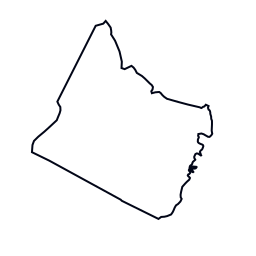 outline of Seberang Perai Selatan, Pulau Pinang, Malaysia, rotated 125°
{"feature_id": "92858781B33642984560897", "entity_name": "Seberang Perai Selatan", "entity_type": "district", "adm_level": 2, "iso_a3": "MYS", "parent_name": "Malaysia", "parent_adm1": "Pulau Pinang", "projection": "orthographic", "projection_center": [100.455, 5.21], "detail": "fine", "context": "isolated", "style": "outline", "palette": "ink", "viewbox_px": 256, "rotation_deg": 125, "n_neighbors": 0, "source": "geoboundaries", "source_scale": "gbopen_adm2", "svg_char_len": 2180}
<svg xmlns="http://www.w3.org/2000/svg" viewBox="0 0 256 256"><g transform="rotate(125 128 128)"><path d="M191.2,91.4L185.1,51.6L185.0,50.9L181.8,49.8L179.8,47.3L177.7,45.4L174.1,43.1L171.5,43.1L169.5,43.4L166.3,44.1L163.8,44.3L161.5,43.4L158.1,42.9L155.3,43.4L154.6,45.0L152.6,46.6L149.8,47.9L145.0,49.8L140.7,49.3L138.2,48.9L135.2,48.2L133.4,48.6L133.1,49.4L133.0,50.4L132.8,51.5L132.5,51.9L131.5,52.0L130.5,51.4L129.2,51.3L128.3,51.8L128.2,52.9L127.6,54.0L126.6,54.2L126.3,52.9L126.6,52.2L127.0,51.4L127.1,50.6L127.1,50.0L126.9,49.4L126.5,49.3L126.2,50.1L125.5,51.5L124.3,51.7L123.7,51.2L123.1,50.2L122.3,49.5L121.5,49.3L120.7,49.4L120.7,50.0L121.1,50.6L121.4,51.2L121.8,51.8L122.4,52.9L122.8,53.3L123.4,53.3L124.2,53.4L125.1,53.2L125.4,54.5L125.2,54.8L124.5,55.1L123.7,55.4L122.9,55.3L121.8,54.9L120.7,54.8L119.3,55.3L118.4,55.4L116.0,54.8L115.4,54.7L114.5,56.5L113.7,57.2L112.9,57.4L110.7,57.8L109.4,57.1L108.9,56.1L108.8,54.7L108.7,52.5L108.4,52.4L108.0,53.2L107.4,53.8L106.8,54.7L106.5,55.3L105.8,55.5L104.6,55.5L103.5,55.1L102.4,55.1L101.6,55.3L100.5,55.6L99.6,55.9L99.0,56.8L99.0,57.7L99.4,59.3L99.6,60.4L99.7,61.5L99.5,62.4L99.1,63.0L97.2,64.2L95.9,64.4L94.9,64.7L94.5,65.4L94.2,66.1L93.4,66.4L92.6,66.9L90.4,64.7L89.7,62.4L89.6,60.7L89.4,58.7L89.3,57.4L88.5,56.1L87.2,55.8L86.1,55.6L84.4,55.7L82.2,57.9L77.0,61.2L74.7,62.8L73.7,63.6L72.9,64.9L72.1,65.6L70.9,66.5L69.2,68.7L68.0,69.6L67.1,70.6L66.7,71.5L66.7,72.6L65.5,74.1L63.8,74.6L64.3,77.6L65.6,77.7L66.7,77.9L67.5,78.6L68.1,78.8L69.5,79.3L69.7,79.8L69.9,81.1L74.4,92.3L77.8,101.6L81.7,112.8L81.7,116.3L81.3,118.8L80.6,121.3L80.6,123.1L83.1,126.1L85.8,128.4L84.5,130.0L82.4,130.0L80.1,131.1L79.2,133.2L79.0,135.7L77.8,142.6L77.4,146.4L77.6,149.4L77.8,152.4L76.2,155.4L75.3,158.1L75.1,160.8L81.7,164.5L82.6,167.7L77.2,171.1L70.2,178.8L64.9,187.1L63.9,188.7L61.5,194.4L61.0,195.6L59.5,196.3L57.9,197.6L55.7,199.8L54.2,203.9L53.1,207.7L56.7,208.1L62.8,213.1L146.9,201.0L147.1,200.7L148.6,198.1L149.6,195.5L152.2,193.5L155.0,192.5L159.6,191.5L162.5,190.8L170.5,192.5L178.9,194.4L186.6,196.5L192.5,197.6L196.7,196.5L202.9,192.8L199.9,173.8L190.9,92.8L191.2,91.4Z" fill="none" stroke="#020617" stroke-width="2"/></g></svg>